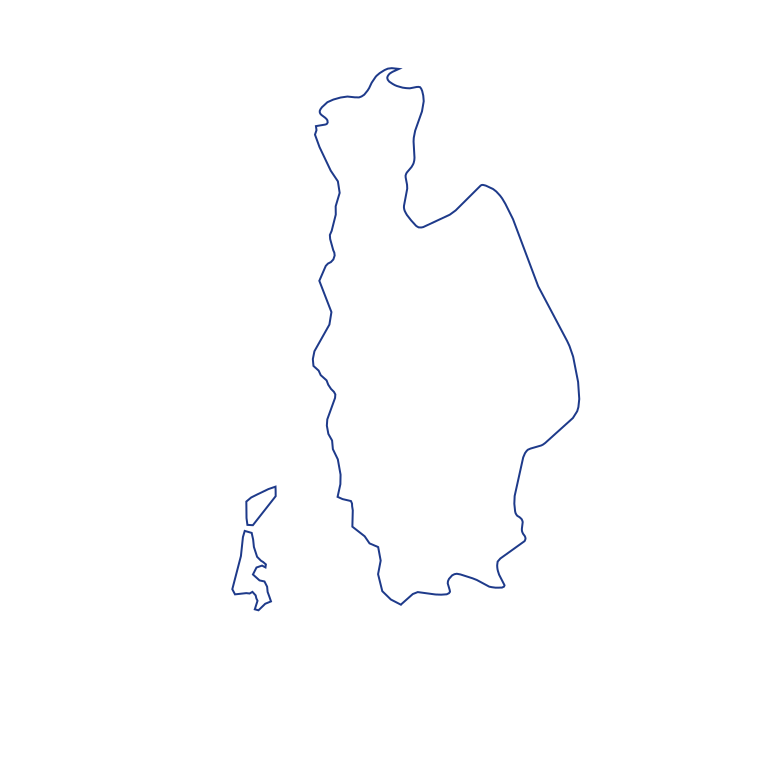 map outline of Sfax (Albers equal-area conic projection), rotated 128°
{"feature_id": "TUN-114", "entity_name": "Sfax", "entity_type": "Governorate", "adm_level": 1, "iso_a3": "TUN", "parent_name": "Tunisia", "parent_adm1": "", "projection": "albers", "projection_center": [10.434, 34.714], "detail": "fine", "context": "isolated", "style": "outline", "palette": "blue", "viewbox_px": 768, "rotation_deg": 128, "n_neighbors": 0, "source": "natural_earth", "source_scale": "10m", "svg_char_len": 3300}
<svg xmlns="http://www.w3.org/2000/svg" viewBox="0 0 768 768"><g transform="rotate(128 384 384)"><path d="M547.5,234.8L549.6,245.9L548.3,257.8L537.5,271.6L525.2,277.9L516.1,288.2L518.5,297.3L515.9,305.5L515.9,321.1L502.8,330.8L499.9,333.9L497.9,335.6L496.6,338.0L500.2,345.8L501.5,351.1L489.8,356.7L482.2,362.4L471.8,374.0L466.8,384.2L460.5,390.1L457.6,397.1L452.0,403.4L446.8,406.9L425.1,414.0L422.2,415.9L421.0,418.6L420.5,422.7L418.9,427.5L416.5,431.5L416.0,439.3L413.7,443.7L413.2,450.7L408.2,455.4L401.0,459.0L370.8,463.6L359.7,469.7L342.5,498.5L326.8,502.6L323.6,502.3L320.6,500.9L317.0,500.6L313.1,502.0L311.1,504.0L309.8,506.4L302.9,515.7L299.9,518.4L295.6,519.5L280.2,526.3L273.7,531.5L260.7,536.6L252.7,545.1L248.7,557.3L237.0,580.7L230.0,591.9L225.5,593.5L222.7,596.4L215.7,590.0L214.6,589.3L213.8,589.2L212.6,589.4L211.1,590.9L210.6,592.4L210.4,594.3L210.5,598.9L210.3,600.3L209.7,601.6L208.5,602.7L206.7,603.2L204.1,603.3L196.8,602.1L191.0,599.0L185.0,594.6L180.0,589.8L176.0,583.4L173.5,580.1L171.2,578.7L168.2,577.7L162.8,577.6L159.9,577.9L154.2,579.2L147.1,579.7L145.6,579.6L141.7,578.8L136.2,576.8L133.1,575.1L130.3,572.3L126.5,566.2L132.8,569.5L135.5,570.5L136.8,570.7L138.1,570.7L139.5,570.5L140.8,569.9L141.9,568.4L142.5,566.1L142.2,561.9L141.8,559.4L141.2,557.2L139.0,551.8L137.2,548.7L135.1,545.7L129.7,541.0L128.6,539.7L127.9,538.3L128.4,536.5L129.6,534.3L132.6,530.6L136.7,526.8L145.8,521.9L165.2,515.4L171.7,512.1L174.7,510.0L186.9,499.3L189.0,497.9L191.6,496.7L193.1,496.3L196.1,495.9L203.4,496.2L204.9,495.9L206.5,495.3L207.9,494.1L212.8,488.5L215.7,486.0L231.2,478.0L232.6,477.0L233.8,475.7L234.8,474.3L235.7,472.4L236.7,470.0L238.4,463.2L239.6,456.2L239.5,454.6L239.2,453.0L237.6,450.9L236.2,449.7L210.1,436.4L203.1,434.4L168.1,430.0L167.0,429.5L166.2,428.6L165.6,427.3L165.0,425.9L163.2,418.0L163.2,414.0L164.1,408.5L165.0,405.2L167.3,399.3L174.7,383.8L212.1,322.6L237.4,266.1L239.9,261.2L246.0,251.8L262.9,232.3L275.6,220.9L282.5,216.6L286.5,215.0L294.5,214.2L331.4,220.7L334.1,221.5L335.7,222.3L344.7,228.8L347.3,230.2L349.2,230.4L351.7,230.3L356.2,229.1L391.8,212.1L398.1,207.6L403.6,202.3L404.7,200.9L405.3,199.6L405.6,198.7L405.8,197.8L405.5,195.2L405.6,193.7L405.8,192.2L406.5,190.9L407.4,189.7L413.4,186.1L414.8,184.9L415.7,183.6L416.4,182.2L417.1,179.6L417.8,178.3L418.7,177.3L419.9,176.8L421.3,176.5L449.9,184.9L454.0,185.1L457.2,183.2L458.7,181.9L460.1,180.5L461.3,179.0L463.4,175.9L468.4,165.1L469.8,164.7L471.8,165.7L475.7,170.5L477.7,173.9L478.9,176.3L481.3,190.2L482.6,194.6L487.0,206.5L488.7,209.8L490.5,211.4L492.9,212.5L497.5,212.8L500.0,212.2L501.9,211.0L505.9,205.4L507.1,204.1L508.8,204.0L511.1,205.1L514.8,209.2L518.2,213.9L527.2,229.3L531.8,232.0L547.0,234.8L547.5,234.8ZM628.8,359.7L631.8,360.9L633.6,363.8L641.5,371.9L639.1,377.2L607.7,390.8L591.5,400.9L585.5,403.3L582.8,396.6L587.2,391.3L592.5,386.2L598.3,377.6L599.0,372.1L598.7,369.6L598.9,366.0L601.5,364.5L602.2,368.3L607.1,371.5L614.8,370.0L615.4,361.2L613.2,356.6L615.7,351.3L619.5,347.7L622.1,343.5L624.9,339.2L630.3,342.3L639.6,343.6L641.1,347.1L632.7,350.2L631.6,352.5L629.6,355.0L628.8,359.7ZM531.7,406.3L534.8,403.7L539.1,400.3L576.0,400.4L579.1,404.9L574.3,409.8L561.4,420.1L555.2,418.8L548.7,415.7L538.0,410.4L531.7,406.3Z" fill="none" stroke="#1e3a8a" stroke-width="2"/></g></svg>